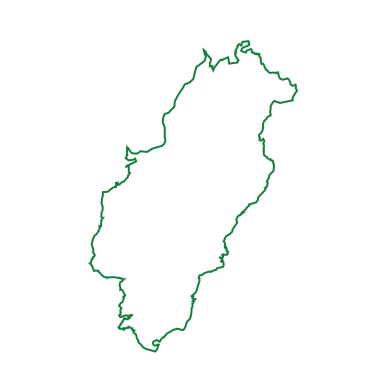 Sighetu Marmatiei, Maramures, Romania, rotated 311°
{"feature_id": "2599482B88825204497401", "entity_name": "Sighetu Marmatiei", "entity_type": "district", "adm_level": 2, "iso_a3": "ROU", "parent_name": "Romania", "parent_adm1": "Maramures", "projection": "robinson", "projection_center": [23.83, 47.897], "detail": "fine", "context": "isolated", "style": "outline", "palette": "green", "viewbox_px": 384, "rotation_deg": 311, "n_neighbors": 0, "source": "geoboundaries", "source_scale": "gbopen_adm2", "svg_char_len": 6017}
<svg xmlns="http://www.w3.org/2000/svg" viewBox="0 0 384 384"><g transform="rotate(311 192 192)"><path d="M266.2,236.3L266.3,235.4L267.4,234.3L267.7,233.1L268.3,232.9L268.0,232.3L268.4,231.8L267.9,231.0L268.3,229.8L267.5,229.5L267.0,226.4L267.5,225.6L267.1,224.7L267.3,221.8L269.1,220.2L269.2,219.6L270.1,219.4L270.6,218.5L271.1,218.5L271.8,217.6L274.1,216.1L275.3,214.0L277.0,213.6L278.4,212.5L278.7,210.7L277.2,210.9L275.6,209.7L275.4,209.1L276.1,208.1L277.2,207.9L277.9,206.9L278.0,206.1L279.1,205.1L281.9,205.4L284.3,205.0L287.2,203.5L289.6,201.1L292.7,199.9L296.3,200.1L298.2,199.7L301.4,201.1L304.6,197.7L306.8,196.6L307.8,195.2L312.1,194.2L314.6,194.3L317.0,200.1L327.3,207.8L328.8,206.3L331.3,205.6L337.4,204.7L338.4,202.2L340.0,201.1L340.9,199.7L338.9,198.9L337.9,197.6L337.8,195.9L338.8,194.8L340.4,191.6L340.4,189.6L336.2,186.8L335.4,184.3L335.8,182.8L336.2,181.7L338.2,179.3L338.6,178.4L338.1,177.6L337.0,177.6L335.3,174.7L333.6,173.4L332.7,171.9L333.1,168.9L332.9,167.3L335.2,162.5L335.4,161.2L334.3,160.6L334.7,160.1L334.9,159.1L338.1,156.1L338.8,153.2L340.4,152.3L338.5,150.7L339.0,149.9L337.3,148.9L337.9,147.3L336.6,145.8L338.7,143.4L338.3,142.5L334.4,140.5L332.6,141.1L330.7,136.8L332.0,135.8L334.4,135.7L340.0,138.6L340.9,138.5L341.3,137.3L342.2,137.1L342.8,135.6L338.7,131.8L336.9,131.9L335.7,132.9L334.7,132.9L334.6,130.7L333.8,130.3L331.8,130.5L331.8,131.1L326.9,132.3L326.9,133.0L325.9,134.0L325.0,133.4L323.4,135.4L322.6,137.6L322.2,140.0L321.9,140.5L321.5,140.1L319.7,141.4L313.4,136.0L317.3,130.8L312.9,128.7L312.3,128.7L311.1,128.0L311.3,127.7L310.1,126.7L300.3,127.3L297.8,128.2L298.5,126.8L298.5,126.1L300.4,124.6L298.5,123.0L301.0,121.0L304.0,119.8L304.8,119.1L305.9,111.7L306.7,110.8L306.8,107.9L304.6,110.9L303.4,113.6L299.6,115.3L297.2,115.2L290.0,113.4L288.7,113.4L278.9,118.5L276.9,118.8L272.7,118.2L268.4,115.9L267.8,116.0L265.4,116.7L257.3,117.7L250.3,119.2L248.4,120.0L245.3,122.4L244.0,122.8L239.7,122.3L236.6,122.4L233.0,120.3L230.3,121.0L226.3,123.4L224.9,125.1L222.9,129.0L216.3,134.7L213.2,138.3L210.3,139.4L207.2,139.1L198.6,133.6L192.7,131.8L189.0,126.4L185.7,125.7L183.8,124.2L181.9,120.9L181.9,119.6L183.1,115.7L183.2,113.7L178.2,118.0L177.6,118.1L177.7,118.8L174.0,119.8L174.2,120.5L174.3,123.4L177.5,126.2L179.9,127.3L178.5,129.7L170.3,126.4L168.8,125.4L168.0,125.9L170.5,127.0L165.3,131.5L165.6,132.7L163.4,133.1L162.5,132.9L161.2,133.8L154.8,133.7L153.6,132.7L150.0,132.3L149.8,131.7L148.6,131.3L149.1,130.0L150.2,129.7L149.0,128.6L147.8,129.9L146.8,130.2L146.1,131.3L145.0,130.2L142.4,129.2L137.0,128.3L135.0,126.5L134.1,125.2L133.4,124.9L130.3,127.4L127.8,128.4L125.9,130.0L124.3,130.8L123.6,132.4L121.6,134.9L119.2,136.6L116.7,137.5L113.9,139.7L113.5,141.1L114.1,141.8L112.1,141.9L110.6,142.5L110.1,143.2L108.8,143.8L106.5,145.8L105.8,145.6L105.5,144.6L104.3,146.0L101.0,147.2L100.2,147.1L98.7,147.6L94.8,147.2L91.2,148.2L86.5,150.8L83.5,155.6L81.4,157.1L81.0,159.3L80.4,160.2L79.0,160.5L78.3,159.9L75.9,160.9L75.5,160.4L73.2,161.6L72.7,162.2L71.1,161.6L71.0,164.4L68.1,169.9L68.9,170.2L70.9,172.7L71.0,173.2L70.5,173.6L70.6,175.0L70.1,179.0L70.2,181.2L71.7,183.9L71.5,184.3L72.0,184.3L73.8,186.0L77.3,189.9L79.0,193.3L79.7,193.5L79.8,194.8L80.8,195.6L80.5,197.1L81.4,197.9L78.2,197.6L76.9,197.0L75.2,197.8L73.9,198.9L72.8,200.8L71.1,202.1L72.1,202.9L72.2,204.2L70.1,208.9L70.3,209.1L70.1,209.5L68.4,209.4L68.0,208.9L67.4,209.3L67.3,210.1L63.5,211.7L62.6,211.7L61.8,211.1L58.5,211.5L58.1,212.1L58.2,213.1L57.9,213.6L58.2,214.2L57.9,215.0L55.7,215.5L54.2,217.4L53.3,217.5L52.8,218.4L51.1,217.9L51.1,218.8L50.5,219.8L51.7,220.9L53.7,221.6L55.6,223.1L56.4,224.6L56.1,225.6L57.0,225.6L59.3,226.5L59.6,227.5L57.5,227.2L56.5,226.4L55.7,226.2L55.2,226.9L54.6,226.7L55.0,227.3L53.8,227.0L52.7,225.4L52.9,224.4L51.8,223.6L51.0,224.2L48.8,224.3L48.7,224.8L45.5,224.8L45.4,225.2L43.7,225.1L42.9,225.7L41.8,225.2L41.2,226.4L42.0,228.1L43.4,229.2L43.2,230.7L44.4,230.2L44.3,230.9L45.7,231.1L46.3,232.1L48.0,232.3L48.7,232.7L48.2,233.2L49.1,233.6L49.2,235.3L49.9,236.2L49.0,237.0L49.4,237.3L49.2,238.2L49.5,239.0L48.7,238.7L48.6,239.4L48.1,239.4L47.6,240.1L47.8,243.1L45.1,246.9L44.9,248.8L43.7,249.9L43.7,250.6L43.4,250.8L43.4,253.8L42.8,256.1L43.2,259.9L47.6,269.0L50.5,268.7L55.0,267.0L54.9,266.6L51.9,265.1L51.4,263.9L51.6,262.7L52.3,261.6L54.1,261.0L57.3,262.7L57.4,264.2L57.8,265.8L61.4,265.2L63.0,265.4L63.6,266.2L64.4,265.8L66.8,266.2L68.2,265.8L75.8,268.4L79.4,270.8L81.3,275.1L82.9,276.1L86.0,275.4L90.3,273.4L94.8,273.6L96.5,273.0L100.0,271.1L103.7,268.3L106.9,266.9L107.7,265.6L109.8,265.6L110.3,265.0L111.6,264.9L111.2,264.7L111.6,264.3L111.2,264.1L112.1,264.0L111.9,263.5L112.1,263.3L112.7,263.6L112.0,262.2L113.0,261.8L112.8,261.4L113.2,261.8L113.6,261.6L112.9,261.2L113.0,260.7L113.5,260.6L113.4,260.0L118.4,260.7L119.6,260.5L129.8,256.0L131.5,254.5L131.3,253.7L132.9,252.7L134.6,252.6L135.4,253.8L139.4,254.8L142.7,256.8L143.4,257.4L143.9,258.7L144.7,258.6L149.6,261.4L150.6,260.9L151.6,261.3L155.5,264.4L157.4,264.1L159.8,261.5L158.9,260.2L159.7,259.9L160.0,260.3L160.4,260.0L159.4,259.4L158.9,259.7L158.9,259.2L160.0,259.2L161.5,258.4L161.3,257.7L161.6,257.4L161.1,257.1L161.0,256.4L159.8,256.1L161.1,256.1L162.1,257.8L163.1,258.1L164.5,257.4L164.7,256.9L164.3,256.2L164.9,256.0L165.5,256.4L165.7,257.2L167.5,259.5L168.5,259.7L168.8,259.0L170.5,258.4L170.3,257.3L170.8,256.8L170.8,256.1L172.4,254.9L172.4,254.2L173.1,253.4L171.7,254.3L171.5,254.1L171.9,253.0L172.7,252.7L173.1,251.7L173.9,251.7L174.5,251.2L175.3,249.9L175.4,248.4L180.6,246.7L181.9,246.9L184.8,248.1L188.6,248.4L190.3,247.2L197.8,246.3L199.2,245.4L199.7,244.2L200.3,243.6L201.3,243.0L204.2,242.6L207.6,243.9L208.6,243.6L209.5,243.9L209.0,243.2L210.0,243.1L211.4,243.7L215.0,243.9L216.2,243.5L219.5,244.1L219.9,243.8L220.0,243.3L226.3,247.2L229.2,246.9L230.8,245.8L232.2,245.5L241.5,245.9L243.0,245.3L243.1,244.5L244.0,245.0L245.8,244.7L248.4,243.3L248.6,242.3L249.0,241.8L253.4,240.6L255.4,239.3L261.8,239.6L262.6,238.7L266.2,236.3Z" fill="none" stroke="#15803d" stroke-width="2"/></g></svg>